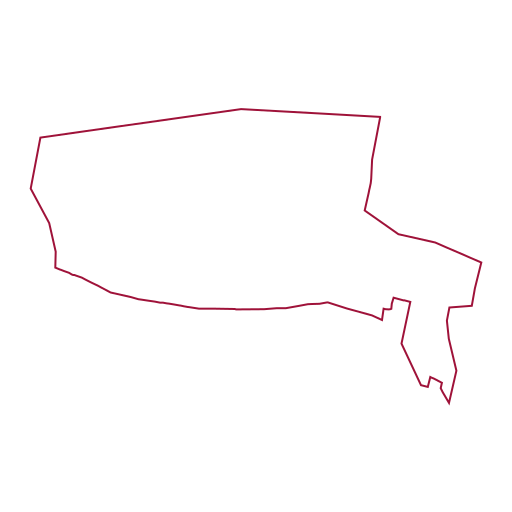 outline of Trinidad Zaachila, Oaxaca, Mexico
{"feature_id": "50627088B25274478654542", "entity_name": "Trinidad Zaachila", "entity_type": "district", "adm_level": 2, "iso_a3": "MEX", "parent_name": "Mexico", "parent_adm1": "Oaxaca", "projection": "robinson", "projection_center": [-96.784, 16.924], "detail": "fine", "context": "isolated", "style": "outline", "palette": "rose", "viewbox_px": 512, "rotation_deg": 0, "n_neighbors": 0, "source": "geoboundaries", "source_scale": "gbopen_adm2", "svg_char_len": 1619}
<svg xmlns="http://www.w3.org/2000/svg" viewBox="0 0 512 512"><path d="M456.4,370.7L448.8,338.7L446.9,320.6L449.4,307.5L471.8,305.8L474.9,288.3L481.3,262.5L470.4,257.8L464.3,255.1L446.6,247.5L439.1,244.2L435.2,242.5L398.4,234.2L364.7,210.5L368.6,193.2L369.0,191.2L369.3,189.6L369.7,188.0L370.1,186.1L370.7,183.3L370.9,181.7L371.2,178.9L372.1,159.6L380.1,117.5L380.1,116.9L321.9,113.6L241.1,109.1L176.9,118.2L115.4,126.9L81.0,131.8L40.4,137.6L30.7,188.6L49.2,223.1L55.7,251.7L55.3,267.6L60.1,269.6L60.6,269.7L63.9,271.0L69.0,272.8L71.8,274.5L72.3,274.7L73.2,275.0L74.5,275.0L75.4,275.4L81.8,277.6L85.3,279.5L90.4,282.1L91.6,282.7L98.3,285.9L101.0,287.4L110.6,292.5L131.0,297.1L138.0,299.1L138.3,299.2L141.9,299.7L147.8,300.6L154.8,301.6L160.3,302.7L163.1,302.7L166.9,303.4L168.8,303.6L173.6,304.4L179.8,305.5L180.3,305.5L183.9,306.3L186.2,306.7L187.8,307.0L188.9,307.1L199.2,308.7L216.0,308.7L234.8,309.0L236.1,309.4L237.2,309.4L264.1,309.2L276.7,308.2L278.7,308.2L285.8,308.2L298.8,305.9L307.9,304.2L312.2,304.0L319.5,303.8L323.8,303.0L326.6,302.5L327.8,302.4L346.9,308.5L372.0,315.4L382.0,320.0L383.6,308.7L385.5,309.2L387.2,309.3L388.8,309.4L390.2,309.2L391.3,308.8L391.8,303.6L393.6,297.7L403.6,300.4L404.2,300.3L410.3,301.9L401.5,343.6L421.0,385.2L421.5,385.3L427.8,386.9L430.3,377.0L431.4,377.6L431.9,377.8L432.4,378.0L433.0,378.2L433.4,378.4L433.9,378.6L434.9,379.1L435.4,379.4L436.0,379.7L436.5,379.9L437.0,380.2L437.6,380.5L438.0,380.8L438.6,381.0L439.0,381.3L440.0,381.8L440.6,382.1L441.3,382.5L441.9,382.8L440.7,388.2L442.7,392.2L449.0,402.9L456.4,370.7Z" fill="none" stroke="#9f1239" stroke-width="2"/></svg>